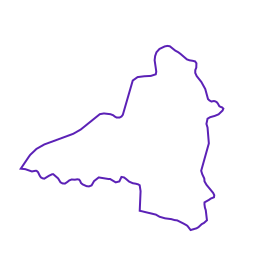 SVG path tracing the border of Valga, rotated 101°
{"feature_id": "EST-2349", "entity_name": "Valga", "entity_type": "County", "adm_level": 1, "iso_a3": "EST", "parent_name": "Estonia", "parent_adm1": "", "projection": "mercator", "projection_center": [26.16, 57.869], "detail": "fine", "context": "isolated", "style": "outline", "palette": "violet", "viewbox_px": 256, "rotation_deg": 101, "n_neighbors": 0, "source": "natural_earth", "source_scale": "10m", "svg_char_len": 1728}
<svg xmlns="http://www.w3.org/2000/svg" viewBox="0 0 256 256"><g transform="rotate(101 128 128)"><path d="M52.2,115.1L48.2,114.5L44.4,112.2L40.9,107.5L39.9,105.0L39.8,102.9L39.8,102.5L43.0,96.4L44.0,93.2L45.3,90.5L49.4,83.3L49.8,80.5L49.7,77.4L49.8,74.9L51.4,73.2L55.7,72.5L58.3,73.0L61.1,72.5L63.9,70.5L68.8,64.8L75.0,59.6L84.3,55.0L85.4,53.3L86.1,51.1L85.3,49.4L85.1,48.0L85.6,46.0L86.8,44.5L89.2,42.5L89.6,41.1L89.8,39.6L90.8,38.1L92.8,38.5L97.3,41.7L99.6,45.2L101.7,49.4L103.7,51.7L109.0,51.8L112.4,50.0L127.7,45.7L156.0,48.0L159.2,46.3L163.0,43.5L165.8,42.7L168.8,40.1L175.5,32.0L177.5,30.5L179.6,30.4L181.5,33.3L183.1,34.8L186.4,38.7L188.3,38.4L191.5,37.3L193.8,36.0L203.5,32.9L206.7,35.3L208.3,37.3L211.9,39.9L213.4,41.6L216.2,47.1L212.9,50.8L212.3,51.9L211.2,55.3L209.3,62.1L209.5,64.7L209.2,68.1L209.6,74.4L209.1,80.1L207.7,84.1L207.0,100.7L187.6,103.6L182.0,105.6L181.4,107.2L181.2,109.8L181.3,112.7L180.4,116.7L178.5,120.0L177.3,122.4L177.3,125.1L182.1,126.3L183.7,129.7L181.5,135.8L181.8,137.3L182.1,147.3L186.6,151.2L191.3,152.8L192.8,155.2L193.0,157.6L192.0,161.8L190.9,163.7L189.2,164.8L188.0,166.1L188.0,167.9L188.9,170.3L189.3,173.5L190.6,175.6L192.6,177.3L194.6,179.3L194.9,181.7L194.2,183.9L190.8,187.0L187.6,192.6L187.9,193.7L190.0,196.5L193.7,200.5L193.7,202.2L193.1,204.1L191.6,205.6L188.5,207.9L187.5,209.6L187.7,210.8L188.4,212.6L189.0,214.0L188.0,221.0L188.4,225.5L175.0,219.8L172.9,218.8L165.9,213.8L160.1,207.0L144.1,180.6L138.5,174.1L119.8,158.3L118.3,154.4L117.8,147.9L118.3,145.0L119.3,143.1L119.9,141.2L119.3,138.2L118.0,136.6L116.0,135.6L80.5,132.4L76.2,128.3L74.1,121.9L72.5,115.5L70.0,111.0L67.4,111.0L65.5,111.6L56.4,114.8L52.2,115.1Z" fill="none" stroke="#5b21b6" stroke-width="2"/></g></svg>